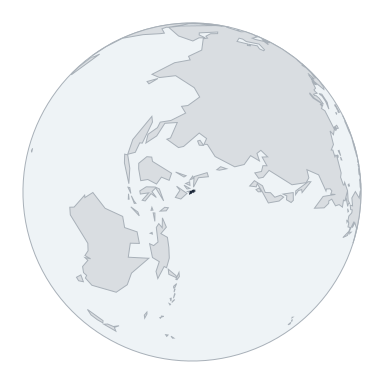 Eastern Samar highlighted on a globe, orthographic projection, rotated 71°
{"feature_id": "PHL-2582", "entity_name": "Eastern Samar", "entity_type": "Province", "adm_level": 1, "iso_a3": "PHL", "parent_name": "Philippines", "parent_adm1": "", "projection": "orthographic", "projection_center": [125.501, 11.538], "detail": "fine", "context": "on_globe", "style": "filled", "palette": "slate", "viewbox_px": 384, "rotation_deg": 71, "n_neighbors": 0, "source": "natural_earth", "source_scale": "10m", "svg_char_len": 9814}
<svg xmlns="http://www.w3.org/2000/svg" viewBox="0 0 384 384"><g transform="rotate(71 192 192)"><circle cx="192" cy="192" r="169" fill="#eef3f6" stroke="#a8b0b8"/><path d="M324.2,256.7L324.0,257.8L323.8,258.0L324.2,256.7ZM290.5,54.7L279.8,48.2L274.1,48.1L277.9,52.0L272.7,48.5L283.7,59.3L284.2,64.2L280.2,56.4L277.1,54.0L275.8,55.9L272.4,53.9L269.7,53.8L265.8,51.5L263.7,47.7L261.1,46.3L260.3,47.7L255.8,46.7L257.4,44.7L249.7,42.8L244.8,37.4L252.2,35.9L246.2,32.8L245.3,31.7L257.2,36.1L268.8,41.5L279.9,47.7L290.5,54.7ZM348.8,144.5L347.4,140.9L348.7,142.4L348.8,144.5ZM346.2,139.3L346.8,140.4L346.2,139.5L346.2,139.3ZM345.6,139.0L346.1,139.2L345.7,139.4L345.6,139.0ZM345.0,139.2L345.3,139.0L345.0,139.2ZM343.5,138.4L343.0,138.1L343.2,137.4L343.5,138.4ZM289.7,54.4L288.6,53.5L292.8,56.5L292.2,56.0L289.7,54.4ZM281.5,55.7L281.8,54.6L282.6,56.4L281.5,55.7ZM270.1,54.3L271.1,55.3L269.3,54.9L270.1,54.3ZM261.6,51.0L258.4,50.3L261.3,50.3L261.6,51.0ZM256.3,49.5L248.6,48.3L250.2,50.3L241.4,44.5L250.8,47.1L254.1,46.7L254.0,48.0L256.3,49.5ZM244.8,31.5L243.5,31.2L240.1,30.0L240.4,30.4L234.3,28.7L232.8,28.1L234.9,28.6L230.9,27.6L231.9,27.8L244.8,31.5ZM237.7,41.8L235.6,41.1L237.5,41.1L237.7,41.8ZM243.5,31.5L241.8,31.3L236.5,29.8L235.1,29.6L234.0,28.6L243.5,31.5ZM230.9,27.6L230.1,27.4L228.9,27.1L230.9,27.6ZM221.4,25.6L221.6,25.7L219.1,25.2L219.9,25.4L221.4,25.6ZM230.3,27.8L228.4,27.3L230.5,28.0L226.5,27.2L226.5,26.8L224.9,26.6L223.7,26.4L225.0,26.4L230.3,27.8ZM218.8,25.2L217.2,25.0L216.1,24.8L218.8,25.2ZM221.7,25.8L219.0,25.3L220.5,25.5L223.3,26.0L221.7,25.8ZM223.8,26.9L229.9,28.2L229.7,28.3L223.8,26.9ZM215.4,24.8L215.8,24.9L214.9,24.7L215.4,24.8ZM220.9,26.1L223.1,26.5L222.8,26.5L220.9,26.1ZM214.7,24.9L214.3,24.7L216.2,24.9L214.7,24.9ZM217.3,25.4L216.4,25.4L217.1,25.1L218.3,25.5L217.3,25.4ZM220.3,26.1L220.8,26.2L219.4,25.9L220.3,26.1ZM207.8,24.3L208.2,24.0L212.4,24.4L211.4,24.6L207.8,24.3ZM48.3,103.2L47.9,103.7L47.2,105.9L56.5,93.5L57.7,89.5L63.3,82.6L66.6,80.3L66.2,84.9L68.4,82.4L73.1,74.9L77.6,71.9L75.2,72.1L72.8,75.1L71.3,75.6L73.4,73.0L74.9,71.9L76.3,69.8L68.7,76.6L65.5,80.3L65.8,79.6L75.7,69.5L86.3,60.1L97.8,51.8L97.4,52.0L98.5,51.3L103.7,48.1L101.8,49.5L107.4,46.2L108.1,46.7L111.9,43.6L118.0,40.6L122.0,39.3L124.7,38.0L118.3,40.1L115.1,41.6L111.3,43.7L106.0,46.6L116.9,40.7L128.1,35.6L136.1,33.3L138.0,33.9L127.5,40.4L123.4,41.5L125.0,39.5L117.6,43.8L121.0,42.2L119.5,43.6L125.0,41.8L124.2,42.7L130.9,39.6L130.5,40.6L126.3,42.5L134.1,41.4L135.1,43.4L137.2,42.8L139.3,41.5L139.1,45.3L140.7,44.7L141.4,43.2L145.0,41.1L151.4,39.2L151.0,40.6L148.6,41.5L143.1,45.8L136.9,48.3L137.4,48.8L142.7,46.9L149.4,41.6L153.3,40.1L150.7,42.5L152.0,41.5L153.8,41.2L155.2,42.4L158.4,39.9L179.0,37.0L183.9,39.6L179.2,41.6L193.2,42.8L197.6,46.7L198.2,45.2L205.3,45.4L204.0,44.1L204.9,43.4L222.6,44.8L226.4,46.7L234.7,46.6L235.0,45.9L232.6,44.5L241.4,44.5L250.2,50.3L249.0,51.4L255.3,54.7L251.8,57.0L251.8,60.8L244.3,62.2L244.9,65.5L247.3,66.5L250.0,72.2L247.2,81.5L238.9,69.5L241.0,57.2L239.2,61.5L236.5,59.4L233.9,60.4L232.9,63.9L234.7,65.0L217.0,66.7L208.3,76.1L216.6,76.9L220.3,81.0L217.7,95.1L196.6,112.1L201.3,119.9L200.7,124.5L194.4,126.4L195.2,119.6L190.2,116.4L191.6,112.6L181.8,114.3L183.4,109.0L175.0,113.3L176.6,118.0L184.6,118.1L176.7,124.8L183.0,133.7L182.1,143.4L166.0,158.6L152.0,162.0L150.8,165.1L146.2,160.8L138.6,166.0L146.2,185.1L145.6,190.3L133.9,198.6L133.9,194.7L121.5,183.3L118.2,195.3L127.5,207.1L130.7,219.7L123.1,214.8L119.9,203.7L115.6,199.3L117.5,188.7L115.3,172.3L107.6,174.0L108.9,167.7L104.7,153.8L94.1,155.9L76.7,169.6L73.2,185.5L67.7,191.5L64.1,166.4L66.5,150.7L62.6,151.1L61.0,136.6L50.8,131.5L51.6,127.2L49.2,128.1L48.4,122.9L50.6,116.2L49.1,115.6L43.9,133.3L45.8,134.1L50.6,129.2L48.5,135.2L49.5,142.0L40.1,153.9L28.7,160.4L31.5,148.2L42.9,113.7L44.7,110.6L45.0,110.2L45.3,109.5L42.4,114.4L45.7,108.0L35.4,130.7L32.0,140.3L28.5,161.0L27.9,162.5L27.9,167.3L32.8,166.4L32.0,170.3L27.3,187.0L24.0,207.7L26.6,225.8L30.2,240.5L30.6,242.0L27.5,230.4L25.1,218.6L23.7,206.7L23.1,194.6L23.3,182.6L24.4,170.7L26.3,158.8L29.1,147.1L32.7,135.6L37.1,124.4L42.3,113.6L48.3,103.2ZM61.9,97.4L64.3,100.4L70.1,91.3L71.5,91.9L73.0,88.8L70.5,90.7L75.1,82.6L78.6,81.6L81.8,78.2L81.2,77.1L74.0,80.4L67.4,91.7L63.9,94.3L61.9,97.4ZM202.6,23.4L203.3,23.4L198.0,23.2L198.8,23.3L194.4,23.4L187.8,23.4L189.1,23.5L185.8,23.9L180.1,24.2L183.2,23.8L174.8,24.6L175.7,24.1L174.7,24.3L173.2,24.2L169.6,24.6L170.8,24.4L168.9,24.6L185.7,23.2L202.6,23.4ZM213.2,24.4L214.7,24.6L212.6,24.3L211.7,24.2L210.5,24.1L210.8,24.2L207.9,23.9L207.3,24.0L204.9,23.8L206.4,24.3L198.3,23.8L194.8,23.5L203.9,23.5L204.0,23.5L206.7,23.7L213.2,24.4ZM155.4,28.4L157.7,27.7L158.5,27.7L164.5,26.6L164.3,27.1L160.6,28.0L155.4,28.4ZM54.8,95.0L53.0,96.8L54.0,95.2L54.4,94.9L54.8,95.0ZM156.2,28.8L158.7,28.2L157.1,28.8L156.2,28.8ZM164.5,27.5L163.1,28.1L165.0,27.0L164.5,27.5ZM98.8,328.5L102.3,330.7L100.7,330.4L98.8,328.5ZM34.5,243.9L41.9,268.0L40.6,266.5L36.8,258.4L31.7,243.3L32.2,240.6L31.5,234.4L34.5,243.9ZM173.0,252.6L178.3,253.8L178.1,254.6L173.0,252.6ZM167.5,249.4L173.5,250.3L166.6,251.0L167.5,249.4ZM175.8,250.6L181.8,249.7L184.4,248.7L184.0,250.3L175.8,250.6ZM163.6,249.0L142.4,246.4L134.3,243.3L136.0,240.7L149.3,243.1L163.6,249.0ZM135.4,240.5L123.1,230.9L107.4,205.3L113.0,206.6L129.6,223.1L128.5,225.4L136.0,232.7L135.4,240.5ZM165.8,229.7L164.6,236.8L152.8,234.9L147.5,233.0L143.9,223.2L145.9,218.7L150.2,219.4L167.6,205.2L173.5,209.8L168.0,216.1L172.9,223.0L165.8,229.7ZM73.6,187.2L75.7,197.5L72.9,198.5L73.6,187.2ZM175.2,194.7L167.8,201.0L174.7,192.3L175.2,194.7ZM179.6,186.3L179.8,189.9L177.2,186.2L179.6,186.3ZM150.1,169.9L145.6,170.1L145.7,167.6L151.7,165.9L150.1,169.9ZM181.3,151.7L180.3,158.9L179.0,161.3L177.4,156.7L181.3,151.7ZM158.2,35.6L149.9,36.2L143.9,37.7L140.3,39.9L141.8,37.4L151.2,35.0L158.2,35.6ZM176.5,36.5L179.6,35.0L180.6,35.9L180.0,36.3L176.5,36.5ZM176.7,35.5L176.0,33.5L179.3,32.9L179.2,34.5L176.7,35.5ZM165.8,30.1L163.3,30.2L164.7,29.6L165.8,30.1ZM284.7,318.0L286.7,318.9L281.9,323.1L275.3,327.5L269.0,329.1L284.7,318.0ZM235.0,329.0L234.2,324.1L241.5,323.9L239.0,328.1L235.0,329.0ZM289.4,314.7L293.6,310.1L294.7,304.5L294.8,309.5L298.8,309.3L288.3,318.4L289.4,314.7ZM206.6,307.2L174.0,314.5L166.6,312.5L167.9,308.4L160.0,294.5L162.4,295.1L160.2,285.9L179.1,279.5L192.5,265.5L203.7,267.3L211.8,256.9L223.5,258.5L220.3,267.0L232.9,273.5L240.6,254.4L249.0,275.6L258.6,283.4L262.1,296.3L247.6,317.0L238.6,320.8L236.6,318.8L232.9,320.8L226.8,319.7L222.7,312.7L219.1,314.6L222.2,309.6L217.2,313.9L213.7,309.4L206.6,307.2ZM290.8,273.7L292.7,274.3L295.9,277.8L292.9,277.2L290.8,273.7ZM319.4,261.2L320.3,262.9L318.3,263.4L319.4,261.2ZM323.8,258.0L321.5,258.8L324.2,256.7L323.8,258.0ZM300.1,261.6L301.1,262.9L300.4,263.4L300.1,261.6ZM299.4,261.2L300.4,259.1L300.3,261.2L299.4,261.2ZM290.0,249.9L291.1,248.8L291.6,249.6L290.0,249.9ZM186.1,254.7L193.3,249.7L197.4,249.6L186.1,254.7ZM288.3,247.5L285.5,247.3L285.7,246.2L288.3,247.5ZM288.4,244.9L288.1,243.3L289.9,247.1L288.4,244.9ZM282.9,241.2L286.4,244.1L282.5,241.6L282.9,241.2ZM280.9,241.6L278.4,240.3L278.5,239.8L280.9,241.6ZM253.4,242.6L262.7,252.5L255.4,251.9L247.2,245.6L241.1,250.7L227.1,248.9L230.2,245.7L228.2,240.4L213.9,237.3L211.1,233.7L216.1,231.8L206.8,228.4L216.9,227.7L221.2,235.0L226.9,230.0L237.1,232.0L247.1,235.0L255.3,240.7L253.4,242.6ZM217.2,242.9L218.9,243.1L217.4,245.0L217.2,242.9ZM273.6,236.3L277.2,239.8L276.8,240.6L275.1,240.0L273.6,236.3ZM257.2,239.6L266.0,234.3L268.1,234.5L262.3,240.7L257.2,239.6ZM263.8,230.5L267.9,231.5L270.1,234.8L269.3,235.7L263.8,230.5ZM196.4,234.8L196.0,236.7L193.4,234.9L196.4,234.8ZM199.8,233.9L207.7,236.7L199.1,235.5L199.8,233.9ZM176.3,225.0L178.6,229.7L185.6,227.5L180.2,231.2L185.2,239.2L183.6,241.8L178.7,233.2L177.1,241.5L174.0,241.0L172.2,233.6L175.3,225.2L178.4,221.9L191.2,221.7L176.3,225.0ZM199.7,228.4L197.6,222.8L199.2,219.5L201.4,222.5L199.7,228.4ZM191.7,209.5L186.5,202.9L181.5,204.7L191.7,197.2L195.0,204.8L191.7,209.5ZM187.6,195.7L182.9,197.3L187.9,192.9L187.6,195.7ZM181.9,195.2L181.6,190.9L185.1,191.8L181.9,195.2ZM190.0,196.1L191.2,189.1L192.8,193.4L190.0,196.1ZM180.6,181.3L187.9,189.0L178.1,185.0L178.6,171.4L182.9,171.5L180.6,181.3ZM210.6,130.7L210.1,127.0L214.2,126.7L213.4,129.3L210.6,130.7ZM227.2,123.4L215.1,125.4L205.4,127.6L208.0,129.6L205.1,135.5L201.6,129.3L209.1,123.3L216.3,122.9L218.2,118.0L223.9,115.4L223.9,109.2L226.7,107.0L228.9,112.5L227.2,123.4ZM223.6,106.6L225.5,96.5L232.9,98.9L234.2,101.7L230.1,105.2L226.5,103.6L223.6,106.6ZM228.2,94.9L224.7,93.5L220.1,78.7L221.0,76.3L228.4,88.1L225.4,87.5L225.3,90.9L228.2,94.9ZM235.8,41.9L235.6,41.2L237.2,42.1L235.8,41.9ZM204.0,42.7L205.4,42.0L207.2,42.8L204.0,42.7ZM210.2,40.5L207.2,40.1L210.5,39.9L210.2,40.5ZM200.5,39.4L206.1,39.6L200.6,40.3L200.5,39.4Z" fill="#d9dde1" stroke="#a8b0b8" stroke-width="1"/><path d="M191.5,189.7L191.5,189.8L191.6,189.7L191.6,189.8L191.7,189.7L191.7,189.8L191.8,189.8L192.0,189.9L192.1,190.0L191.9,190.1L192.0,190.2L191.9,190.2L191.9,190.3L192.0,190.3L192.1,190.5L191.9,190.6L191.8,190.8L191.9,191.0L192.0,191.2L192.0,191.3L191.9,191.3L192.0,191.4L192.0,191.5L191.9,191.6L191.9,191.8L192.0,191.8L192.0,192.0L192.2,192.3L192.3,192.4L192.3,192.5L192.2,192.8L192.2,193.0L192.3,193.0L192.3,192.9L192.5,193.0L192.8,193.3L192.8,193.5L192.7,193.5L192.6,193.4L192.6,193.2L192.4,193.1L192.2,193.2L192.1,193.3L192.0,193.2L191.9,193.2L191.9,193.3L191.8,193.2L191.7,193.2L191.7,193.3L191.6,193.2L191.4,193.2L191.3,193.3L191.2,193.3L191.3,193.0L191.4,192.8L191.5,192.6L191.6,192.4L191.4,192.0L191.4,191.9L191.3,190.8L191.3,190.7L191.2,190.6L190.9,190.6L190.9,190.4L191.0,190.1L191.0,189.9L191.0,189.7L191.3,189.7L191.3,189.8L191.5,189.7ZM192.9,194.4L193.0,194.4L192.9,194.4L192.9,194.5L192.7,194.4L192.5,194.2L192.7,194.3L192.8,194.3L192.9,194.4Z" fill="#64748b" stroke="#1e293b" stroke-width="1.5"/></g></svg>